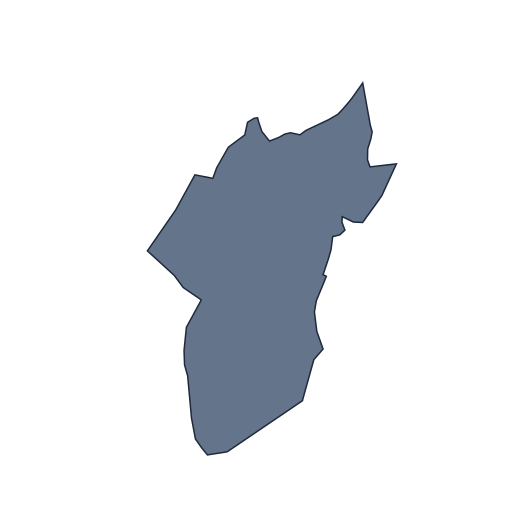 outline of Binji, Sokoto, Nigeria, rotated 294°
{"feature_id": "59680162B68799842423101", "entity_name": "Binji", "entity_type": "district", "adm_level": 2, "iso_a3": "NGA", "parent_name": "Nigeria", "parent_adm1": "Sokoto", "projection": "mercator", "projection_center": [4.841, 13.211], "detail": "fine", "context": "isolated", "style": "filled", "palette": "slate", "viewbox_px": 512, "rotation_deg": 294, "n_neighbors": 0, "source": "geoboundaries", "source_scale": "gbopen_adm2", "svg_char_len": 1017}
<svg xmlns="http://www.w3.org/2000/svg" viewBox="0 0 512 512"><g transform="rotate(294 256 256)"><path d="M198.3,355.1L211.9,342.2L228.7,332.1L239.6,329.3L258.2,328.8L266.1,328.5L266.2,324.9L282.9,323.3L292.1,322.0L304.9,318.2L309.3,323.9L315.8,326.7L321.8,320.8L327.0,318.8L326.6,331.1L330.0,339.8L357.0,345.4L362.7,346.4L397.3,346.8L383.8,323.9L389.1,318.8L399.2,314.5L409.7,313.3L416.7,311.6L422.0,307.2L457.5,283.1L439.0,279.4L433.7,278.0L424.8,275.3L418.7,273.1L410.2,267.0L391.0,250.5L384.6,246.9L382.6,237.4L379.2,232.8L373.7,228.7L366.5,221.6L369.1,216.5L370.8,213.3L371.8,211.2L372.5,210.4L374.0,209.0L376.8,206.4L379.7,203.8L382.9,201.2L381.1,198.3L374.7,193.9L362.0,196.5L344.2,186.5L320.5,184.2L309.4,185.0L305.3,167.2L265.3,163.9L216.5,154.7L205.0,189.2L197.6,202.3L193.6,223.9L162.6,221.4L140.4,228.7L127.5,235.0L118.7,242.3L81.7,263.0L64.2,275.1L58.7,284.3L54.5,292.5L65.4,309.3L94.7,327.5L142.7,357.3L142.8,357.2L184.8,351.0L198.3,355.1Z" fill="#64748b" stroke="#1e293b" stroke-width="1.5"/></g></svg>